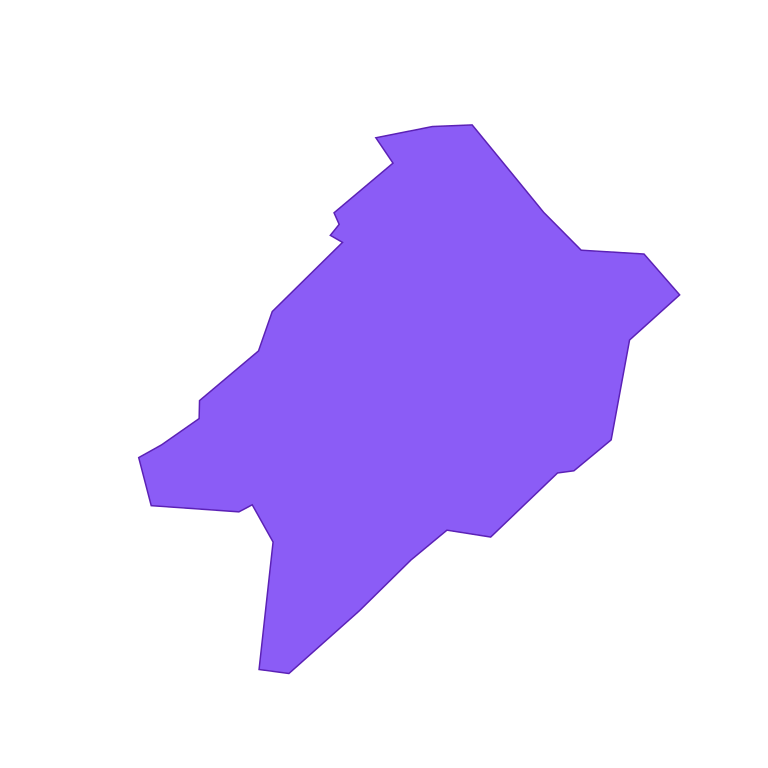 outline of Kurbin, Lezhë, Albania, rotated 319°
{"feature_id": "67620474B66777869203493", "entity_name": "Kurbin", "entity_type": "district", "adm_level": 2, "iso_a3": "ALB", "parent_name": "Albania", "parent_adm1": "Lezhë", "projection": "equal_earth", "projection_center": [19.688, 41.625], "detail": "fine", "context": "isolated", "style": "filled", "palette": "violet", "viewbox_px": 768, "rotation_deg": 319, "n_neighbors": 0, "source": "geoboundaries", "source_scale": "gbopen_adm2", "svg_char_len": 591}
<svg xmlns="http://www.w3.org/2000/svg" viewBox="0 0 768 768"><g transform="rotate(319 384 384)"><path d="M150.6,278.6L128.5,323.1L190.6,385.3L205.3,388.7L196.6,430.5L102.4,517.5L122.3,540.1L216.4,539.0L289.0,534.5L335.6,535.6L364.1,569.5L456.6,565.0L470.4,574.1L518.8,575.2L598.2,511.9L665.6,510.7L665.5,456.5L620.6,412.4L617.9,371.1L617.1,359.3L618.5,313.8L620.5,246.3L589.4,221.4L539.4,192.8L535.7,223.2L458.6,222.0L454.9,234.1L441.0,236.6L445.6,249.9L347.2,256.0L311.0,276.7L233.9,275.5L221.8,288.8L176.3,284.0L150.6,278.6Z" fill="#8b5cf6" stroke="#5b21b6" stroke-width="1.5"/></g></svg>